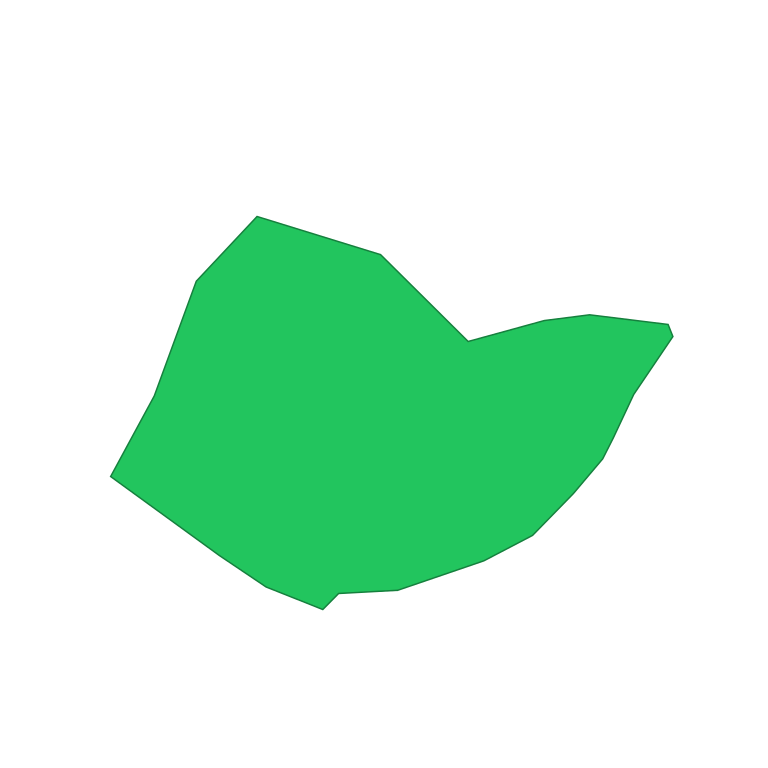 the district of Western, American Samoa, United States of America, rotated 161°
{"feature_id": "52423323B2854744470595", "entity_name": "Western", "entity_type": "district", "adm_level": 2, "iso_a3": "USA", "parent_name": "United States of America", "parent_adm1": "American Samoa", "projection": "robinson", "projection_center": [-170.781, -14.331], "detail": "fine", "context": "isolated", "style": "filled", "palette": "green", "viewbox_px": 768, "rotation_deg": 161, "n_neighbors": 0, "source": "geoboundaries", "source_scale": "gbopen_adm2", "svg_char_len": 433}
<svg xmlns="http://www.w3.org/2000/svg" viewBox="0 0 768 768"><g transform="rotate(161 384 384)"><path d="M515.3,190.7L495.1,200.7L438.2,184.5L347.1,184.3L292.8,192.5L240.7,218.7L201.6,242.0L184.8,258.3L151.3,292.8L95.4,334.8L96.0,347.8L167.1,382.5L211.8,391.8L290.6,396.8L345.1,507.4L449.5,583.7L528.0,542.3L605.1,447.5L672.6,385.5L595.5,275.4L561.6,230.5L515.3,190.7Z" fill="#22c55e" stroke="#15803d" stroke-width="1.5"/></g></svg>